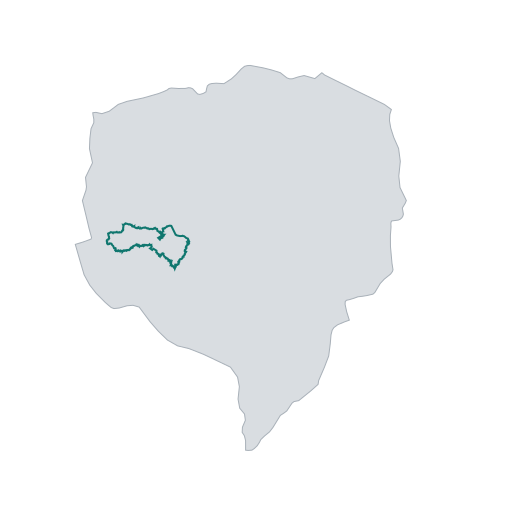 Makonde, Mashonaland West, Zimbabwe shown in context, rotated 254°
{"feature_id": "62879985B9452203972303", "entity_name": "Makonde", "entity_type": "district", "adm_level": 2, "iso_a3": "ZWE", "parent_name": "Zimbabwe", "parent_adm1": "Mashonaland West", "projection": "mercator", "projection_center": [29.982, -17.062], "detail": "fine", "context": "in_parent", "style": "outline", "palette": "teal", "viewbox_px": 512, "rotation_deg": 254, "n_neighbors": 0, "source": "geoboundaries", "source_scale": "gbopen_adm2", "svg_char_len": 8075}
<svg xmlns="http://www.w3.org/2000/svg" viewBox="0 0 512 512"><g transform="rotate(254 256 256)"><path d="M359.5,426.5L355.2,423.6L349.3,421.6L341.8,420.8L332.1,421.1L320.1,422.7L307.2,420.8L293.5,415.3L282.1,413.3L268.5,415.7L267.9,415.8L265.5,413.9L261.8,409.9L255.6,409.2L253.9,408.2L252.5,406.7L251.6,404.8L251.3,402.7L252.3,396.1L251.7,395.4L250.1,394.6L246.7,393.8L238.5,390.8L228.2,387.9L211.5,384.7L205.0,383.9L203.5,382.9L201.6,380.5L198.4,372.9L195.4,367.9L188.2,360.2L187.1,357.9L187.4,351.8L188.0,346.8L188.7,342.7L188.4,338.8L188.3,333.9L188.5,330.7L187.6,329.2L184.9,328.3L177.5,327.8L168.6,328.0L168.3,323.1L167.4,315.5L165.7,311.1L163.7,308.8L159.6,306.4L151.2,303.2L139.8,298.3L130.1,291.0L119.0,281.9L115.5,280.3L111.4,271.8L105.2,257.2L105.6,252.4L104.6,250.0L98.6,242.9L97.2,239.2L96.1,235.5L86.5,225.0L83.2,220.5L80.7,214.7L78.2,210.0L76.1,208.1L73.3,204.9L71.4,201.3L70.5,198.6L71.2,195.0L72.2,192.5L81.4,195.1L86.4,195.3L90.3,194.1L95.2,195.8L101.0,200.5L107.3,201.4L114.2,198.4L123.4,199.3L135.0,204.0L144.7,204.9L156.2,200.8L166.4,189.3L176.0,178.4L185.5,166.0L191.2,155.9L199.6,147.7L210.6,141.4L221.9,136.1L239.1,129.6L242.5,124.2L243.7,118.4L243.7,110.2L244.6,105.0L246.4,102.6L249.2,100.7L252.9,98.3L264.2,92.1L273.7,88.2L285.3,85.6L297.9,85.5L310.1,85.5L317.0,85.5L317.1,93.3L317.7,102.1L319.0,103.0L328.2,103.1L342.9,103.8L357.1,104.4L366.1,110.7L369.2,112.1L378.6,113.8L390.6,124.5L405.1,125.5L415.0,128.8L423.8,132.5L428.8,136.8L432.1,137.8L436.5,138.2L438.7,138.6L438.2,141.7L435.3,147.1L435.6,154.8L439.7,165.4L440.2,174.7L439.0,191.1L439.0,207.0L439.5,212.7L440.1,216.5L441.0,218.5L440.8,220.9L438.4,227.6L436.5,234.6L436.4,237.5L435.6,239.5L434.2,241.2L427.9,244.5L426.8,246.5L426.8,250.1L427.6,253.2L430.0,254.4L432.9,256.1L434.0,258.4L434.0,260.8L433.1,265.3L430.5,272.7L433.1,281.3L435.9,286.9L439.8,293.3L441.5,297.3L441.4,300.1L440.8,302.9L434.9,314.7L430.7,322.0L425.5,329.9L418.7,334.8L417.0,337.2L416.3,339.9L416.5,345.8L416.2,352.0L410.3,361.5L414.0,369.8L413.1,370.5L411.2,371.7L402.8,380.9L394.3,390.3L388.0,397.1L381.0,404.9L373.1,413.7L366.3,421.2L359.5,426.5Z" fill="#d9dde1" stroke="#a8b0b8" stroke-width="1"/><path d="M309.3,168.4L309.6,168.1L309.5,167.5L309.9,167.0L310.3,166.7L310.6,166.8L310.9,166.7L310.8,166.2L310.4,166.0L310.3,165.8L310.3,165.5L310.5,165.5L310.7,165.3L310.3,164.0L310.9,163.1L310.9,162.7L311.2,162.1L311.2,160.8L312.2,160.3L312.3,159.2L312.9,158.9L312.9,158.4L313.2,158.1L313.9,157.7L313.9,157.4L314.1,156.9L313.9,156.4L314.2,155.9L314.3,154.8L314.0,153.3L314.3,152.9L314.6,152.8L314.3,152.5L314.3,152.0L314.5,151.7L315.2,151.1L316.1,151.1L316.0,150.5L315.5,150.4L315.8,149.8L315.4,149.6L315.4,149.3L315.9,148.8L316.1,148.2L316.5,147.8L317.0,147.6L317.4,146.9L318.1,146.8L318.4,147.0L318.3,146.3L318.4,146.0L318.4,145.3L318.6,145.1L319.1,145.3L320.2,145.1L320.3,144.2L320.7,143.9L321.0,143.9L321.3,143.5L321.5,142.9L321.3,142.5L322.3,141.3L322.5,140.8L323.0,140.1L322.9,139.7L323.3,139.4L323.2,139.2L322.9,139.1L322.9,138.7L322.5,137.7L322.7,137.0L322.1,137.2L321.9,136.8L320.6,136.6L319.9,136.1L319.5,136.1L319.1,135.8L318.3,135.7L317.9,135.2L317.5,135.4L317.4,135.3L317.0,134.7L317.0,134.1L316.2,133.4L315.9,132.7L316.2,131.7L316.6,131.2L316.3,130.7L316.6,130.3L316.7,129.5L317.0,129.3L317.1,128.8L317.6,128.7L317.4,127.5L317.6,127.0L317.6,126.5L317.9,126.1L318.0,125.5L317.5,124.9L318.1,124.6L318.1,124.3L318.3,124.2L318.8,123.4L319.0,122.7L318.7,122.3L318.5,121.6L318.1,120.8L318.3,120.6L318.1,120.4L318.2,120.0L316.0,119.8L315.3,120.1L314.5,119.8L313.4,119.8L313.2,119.6L313.3,119.3L313.2,119.0L312.5,118.6L312.6,117.6L312.2,116.9L311.3,116.6L310.3,116.9L309.8,116.4L309.3,116.3L308.5,116.5L308.0,116.9L308.0,118.0L308.4,118.5L308.0,118.8L308.2,119.5L308.1,119.9L307.6,120.5L306.0,120.8L305.0,121.5L302.5,121.7L302.0,122.5L302.3,123.0L302.1,123.2L301.3,122.9L300.5,122.4L300.4,122.8L299.6,122.7L299.7,123.2L299.5,124.0L299.4,124.1L298.9,123.9L298.7,124.3L298.8,124.6L299.2,124.8L299.1,125.1L299.3,125.4L299.2,125.5L298.8,125.4L298.5,125.6L298.6,127.0L298.4,127.0L298.1,127.4L298.3,127.5L298.1,127.8L297.8,127.6L297.9,128.2L297.6,128.3L297.5,128.2L297.3,128.4L297.2,129.0L296.9,128.9L297.1,129.2L297.7,129.4L297.4,130.2L297.8,130.3L297.9,130.6L297.3,130.8L297.2,131.1L297.2,131.7L297.4,132.2L296.9,132.6L297.2,133.0L296.8,133.3L297.2,133.9L297.2,134.3L297.0,134.6L296.6,135.4L297.0,135.8L297.0,136.2L296.9,136.3L297.5,136.9L297.4,137.2L297.9,137.8L297.9,138.2L298.3,137.8L298.5,137.9L298.4,138.3L298.8,139.3L298.8,139.9L298.6,140.1L299.1,140.4L299.2,141.1L299.5,141.1L299.5,141.5L299.6,143.1L299.7,143.5L299.3,143.8L299.4,144.1L299.8,144.3L299.1,144.7L299.1,144.9L299.3,145.2L298.5,145.3L298.7,145.7L298.2,145.7L298.2,146.2L297.8,146.3L298.0,146.5L297.3,146.6L297.8,147.2L297.4,147.5L297.5,147.9L297.3,148.2L297.4,148.4L297.2,148.6L297.1,149.3L297.4,149.6L297.0,150.0L297.7,150.4L297.4,150.9L297.4,151.3L297.2,151.3L297.4,151.5L297.1,151.7L297.2,151.8L297.0,152.1L297.1,152.3L296.9,152.4L297.0,152.9L296.7,153.2L296.8,153.6L296.6,153.8L296.7,154.0L296.4,154.6L296.1,154.7L296.3,155.4L295.9,155.9L296.3,156.5L295.9,156.5L295.9,157.1L296.0,157.4L295.9,157.6L295.7,157.4L295.5,157.5L295.5,158.3L295.1,158.1L294.7,158.3L294.3,158.2L294.0,158.4L293.7,158.2L293.4,158.1L292.7,157.0L292.5,156.3L290.4,157.9L291.3,159.3L288.6,161.8L287.2,161.2L287.1,161.6L286.6,161.8L286.2,161.7L285.7,162.0L285.4,161.9L285.0,162.7L284.8,162.8L284.6,162.6L284.3,162.7L284.0,162.9L283.9,162.7L283.5,162.8L283.0,163.2L282.7,163.0L282.4,163.6L282.2,163.4L282.0,163.5L282.6,163.9L282.6,164.1L282.8,164.1L283.0,164.6L283.3,164.7L283.1,164.9L283.4,165.0L283.2,165.3L283.5,166.1L283.9,166.2L284.0,166.5L284.3,166.6L284.3,166.8L283.9,166.8L284.0,167.0L283.8,167.0L283.6,167.0L283.5,167.4L283.1,167.1L282.0,167.6L280.7,167.7L280.2,168.3L279.7,168.4L279.8,168.5L279.5,168.7L279.5,168.8L279.2,169.0L278.9,169.4L278.4,169.0L278.0,169.8L277.5,170.1L277.5,170.5L276.8,170.6L276.5,171.0L276.1,170.6L275.9,170.6L275.6,170.9L275.7,171.0L275.5,171.3L275.4,171.1L275.3,171.3L275.1,171.3L275.1,171.5L274.9,171.3L274.7,171.5L274.8,171.6L274.6,171.6L274.5,172.1L274.3,171.9L274.5,172.3L273.9,172.1L273.9,172.3L273.5,172.3L273.4,172.4L273.5,172.7L273.1,172.4L273.1,172.7L272.6,172.5L272.5,172.3L271.9,172.3L270.6,171.4L270.5,171.8L270.6,172.0L270.4,172.1L270.5,172.5L270.0,172.7L269.5,172.4L269.3,172.5L269.5,173.0L269.1,173.1L268.9,173.5L268.9,173.9L268.8,174.3L268.3,174.1L267.8,174.1L267.6,173.9L267.2,174.0L267.1,174.5L266.3,174.5L266.7,174.8L267.3,175.2L267.6,175.8L268.1,176.1L269.0,176.5L269.9,176.2L269.8,176.9L269.1,178.0L269.7,179.1L269.6,179.3L269.9,179.5L270.2,179.4L270.5,179.7L270.8,179.5L271.0,179.8L271.0,180.1L271.3,180.2L272.1,179.9L272.3,180.4L272.1,180.5L272.0,180.8L273.0,181.0L273.3,181.2L273.9,182.2L273.6,182.6L273.8,183.1L273.6,183.4L273.7,183.9L274.0,184.2L274.2,184.7L275.1,184.9L275.5,185.3L275.6,185.6L275.3,186.2L276.4,186.6L276.5,187.4L277.1,188.1L277.8,188.1L278.2,188.4L278.6,189.2L279.0,189.4L279.1,189.8L279.4,190.1L279.9,189.5L280.1,188.9L280.4,188.8L280.6,189.1L281.4,189.3L282.5,191.2L283.4,191.5L283.8,191.0L284.6,191.5L284.7,192.0L285.4,192.6L285.7,193.4L285.7,194.2L286.3,194.8L287.0,193.6L287.5,193.8L288.2,193.7L287.9,194.4L288.2,194.9L287.9,195.6L288.1,195.8L289.2,195.6L289.6,195.1L290.0,194.9L290.4,195.5L290.6,195.5L291.6,195.3L292.6,193.8L293.4,193.4L294.9,192.3L295.2,191.6L295.7,191.1L295.6,190.5L296.1,188.4L297.6,185.6L298.7,184.8L298.7,184.6L308.3,182.9L308.7,182.2L308.7,181.7L309.0,181.2L309.0,179.7L308.8,179.2L309.1,178.7L308.9,178.4L308.5,178.0L308.2,176.4L307.7,176.1L307.6,175.5L307.6,175.1L308.0,175.0L307.9,174.6L308.2,174.1L308.1,173.8L305.2,173.7L305.3,173.3L304.8,172.4L304.2,171.8L302.6,172.5L302.1,172.3L301.8,173.4L301.7,173.2L301.4,173.3L301.0,172.8L300.7,172.7L300.5,172.2L300.5,171.9L300.0,171.5L299.9,170.6L299.5,170.3L299.3,170.4L299.2,168.9L298.3,168.1L300.4,167.0L301.5,170.8L302.6,171.4L302.9,170.8L304.2,170.6L304.5,170.2L305.2,171.0L305.8,170.6L305.3,170.0L306.1,169.1L306.6,169.0L307.4,168.1L309.3,168.4Z" fill="none" stroke="#0f766e" stroke-width="2"/></g></svg>